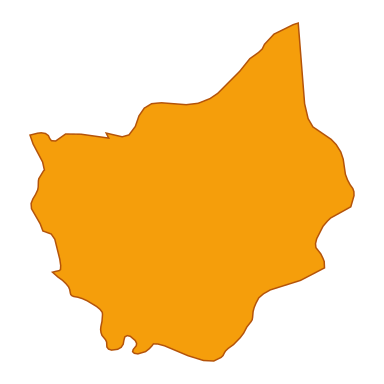 Bình Phước, orthographic projection
{"feature_id": "VNM-484", "entity_name": "Bình Phước", "entity_type": "Province", "adm_level": 1, "iso_a3": "VNM", "parent_name": "Vietnam", "parent_adm1": "", "projection": "orthographic", "projection_center": [106.812, 11.797], "detail": "fine", "context": "isolated", "style": "filled", "palette": "amber", "viewbox_px": 384, "rotation_deg": 0, "n_neighbors": 0, "source": "natural_earth", "source_scale": "10m", "svg_char_len": 1874}
<svg xmlns="http://www.w3.org/2000/svg" viewBox="0 0 384 384"><path d="M186.2,104.7L198.1,103.3L210.0,98.6L217.8,93.3L239.8,71.2L249.9,58.6L258.5,52.5L262.3,48.9L264.5,44.3L274.0,34.1L293.1,24.7L298.2,23.0L298.5,26.6L304.6,103.7L308.1,118.6L312.9,126.9L331.1,139.3L336.2,144.6L340.8,152.0L343.2,159.2L345.4,174.3L347.5,179.9L350.0,184.6L352.8,188.5L353.9,191.7L354.0,195.7L350.8,206.8L330.6,218.0L327.4,221.1L323.0,226.3L316.7,238.7L315.5,243.6L315.9,247.6L320.8,253.9L322.9,258.2L324.2,261.5L324.5,267.9L300.5,280.4L270.3,289.9L263.6,293.7L258.8,297.8L256.0,303.1L254.2,307.4L253.1,311.5L252.6,317.3L252.2,319.7L251.0,321.7L246.9,326.9L243.6,333.2L240.2,337.7L233.5,344.6L228.2,348.4L225.6,350.9L224.4,352.8L223.0,355.6L221.1,357.4L213.8,361.0L203.5,360.5L188.0,355.7L164.5,345.8L157.8,344.0L153.4,343.9L151.9,345.9L149.3,348.7L145.6,351.6L137.9,353.9L134.3,353.3L132.6,351.7L133.2,349.5L136.3,345.7L136.6,343.3L135.2,340.5L130.3,336.3L127.2,335.6L124.8,336.9L123.9,340.3L123.2,344.2L121.2,347.3L117.7,349.3L111.5,350.1L108.5,349.1L106.9,347.0L106.6,342.0L105.5,339.7L102.0,335.4L101.0,332.6L100.6,329.5L100.9,326.6L102.0,321.3L102.5,314.7L102.3,312.4L100.2,309.5L96.6,306.5L87.2,300.8L82.3,298.6L77.8,297.2L73.7,296.5L71.9,295.7L70.8,294.6L70.4,293.3L69.7,289.6L68.6,286.9L66.0,283.7L62.5,280.3L57.9,277.0L52.5,272.2L55.9,271.3L57.4,271.0L59.2,270.6L60.5,269.6L60.7,265.6L59.8,259.3L54.8,239.2L51.2,234.0L42.9,231.0L40.2,223.8L31.5,208.7L31.1,203.5L32.9,198.9L35.5,194.6L37.7,189.9L38.2,187.1L38.4,180.8L38.8,178.7L43.5,170.9L44.4,170.1L42.6,162.0L33.1,144.0L30.5,136.5L30.0,135.1L37.6,133.2L41.3,132.8L45.5,133.5L48.4,135.6L49.7,138.5L51.4,140.7L55.7,141.0L65.6,134.0L81.0,134.2L108.7,138.1L106.2,133.1L122.2,136.8L129.0,134.9L135.3,126.5L139.0,115.8L144.3,108.1L151.6,103.7L157.6,103.1L161.6,102.8L186.2,104.7Z" fill="#f59e0b" stroke="#b45309" stroke-width="1.5"/></svg>